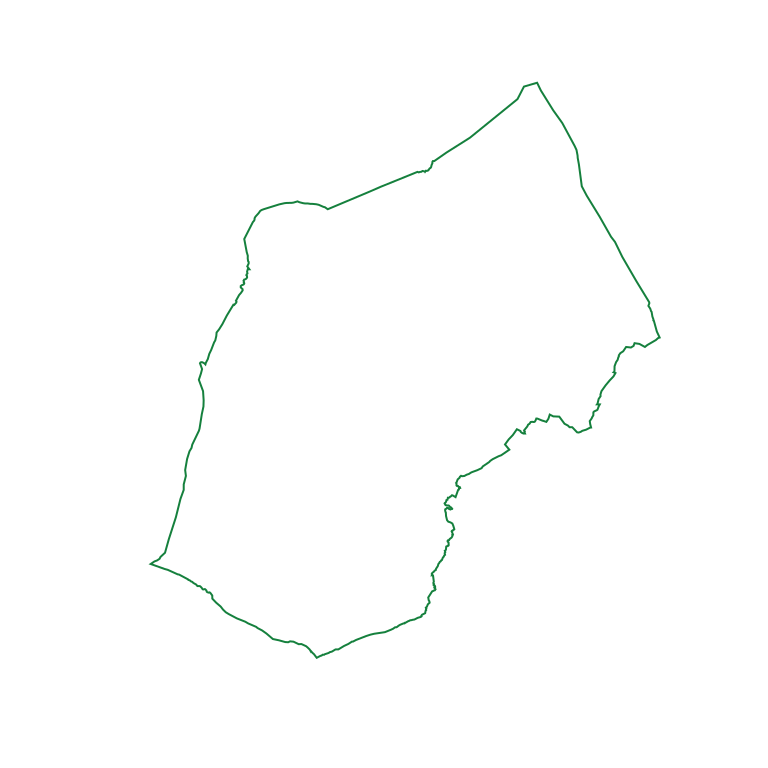 outline of Krødsherad nor, Buskerud, Norway, rotated 72°
{"feature_id": "86288312B702333415323", "entity_name": "Krødsherad nor", "entity_type": "district", "adm_level": 2, "iso_a3": "NOR", "parent_name": "Norway", "parent_adm1": "Buskerud", "projection": "orthographic", "projection_center": [9.773, 60.192], "detail": "fine", "context": "isolated", "style": "outline", "palette": "green", "viewbox_px": 768, "rotation_deg": 72, "n_neighbors": 0, "source": "geoboundaries", "source_scale": "gbopen_adm2", "svg_char_len": 6165}
<svg xmlns="http://www.w3.org/2000/svg" viewBox="0 0 768 768"><g transform="rotate(72 384 384)"><path d="M144.8,145.3L144.4,159.0L154.3,169.0L176.3,226.1L183.2,253.1L187.5,267.3L187.1,268.6L187.8,269.4L189.1,269.8L190.2,270.9L192.3,272.2L192.9,273.0L193.0,273.8L193.3,274.3L194.5,275.8L194.4,276.2L194.6,276.7L194.5,277.6L194.1,278.3L194.9,279.4L194.5,279.5L193.5,281.2L193.3,281.6L193.7,282.9L193.4,284.4L193.5,285.5L192.6,286.6L195.4,326.0L196.7,339.5L200.4,383.5L197.6,385.6L196.8,386.9L193.4,390.7L192.1,392.9L190.5,396.6L189.9,398.4L188.8,400.6L188.0,403.1L187.0,405.1L184.9,408.4L183.6,409.8L183.5,414.1L183.1,416.2L181.8,420.3L181.3,422.7L180.8,428.0L180.6,444.1L180.7,446.6L181.1,448.2L182.8,450.5L185.1,454.5L186.4,455.9L187.2,456.1L188.4,456.9L189.5,458.7L202.9,472.1L216.2,473.8L219.9,473.9L222.4,474.8L225.2,475.3L226.1,475.0L227.6,475.5L229.9,477.7L233.3,476.6L233.2,476.9L232.5,477.9L234.8,479.5L236.7,479.7L237.3,480.8L238.0,481.3L238.9,480.9L240.4,481.3L241.3,482.5L241.6,484.2L241.5,484.7L242.4,485.7L243.8,485.6L244.1,486.0L245.1,485.8L245.6,486.2L246.0,486.9L246.1,488.8L246.6,490.0L247.9,490.4L250.1,489.2L251.3,489.5L253.1,491.8L254.6,494.3L259.1,499.1L259.9,498.8L260.9,499.3L262.6,502.2L262.6,502.7L262.2,502.9L270.3,512.3L277.1,519.2L281.1,524.0L283.3,527.3L286.4,528.6L290.4,531.0L291.9,532.7L298.3,537.9L301.3,540.8L305.9,543.9L308.7,546.8L310.2,547.8L308.8,548.5L307.2,550.0L306.8,551.1L306.8,551.8L307.4,552.6L313.6,552.4L317.5,554.9L322.8,558.8L334.9,558.3L343.9,560.6L349.7,562.7L356.4,566.6L369.4,573.2L371.3,574.5L382.4,585.1L385.3,586.8L387.9,589.8L394.4,594.4L404.4,599.7L410.2,600.8L417.6,605.5L422.8,607.2L430.4,613.1L446.4,623.1L465.1,636.6L476.8,644.4L479.4,650.0L480.9,651.5L481.7,654.4L481.8,657.1L483.1,661.5L492.2,649.7L493.9,647.1L501.3,639.0L501.9,637.8L509.3,630.7L509.9,630.6L510.6,629.5L512.3,628.4L512.9,627.5L514.3,626.8L516.7,624.6L518.5,623.9L519.1,622.0L519.6,621.3L521.4,620.4L523.2,619.9L523.6,619.2L523.6,618.1L523.9,617.5L525.5,616.7L526.7,616.8L527.4,616.4L528.3,615.1L528.3,614.2L529.3,613.6L532.1,612.7L535.1,613.6L540.1,611.2L545.2,608.1L548.8,606.8L552.2,605.0L554.9,602.7L561.5,596.3L567.2,589.4L569.7,587.2L575.5,580.6L577.0,579.7L580.7,576.1L585.0,572.9L592.2,568.5L595.3,563.1L598.9,557.7L600.0,554.9L599.7,552.9L601.1,549.7L605.1,545.5L605.8,542.9L609.3,539.1L611.1,538.0L613.6,536.7L615.9,536.2L615.7,535.9L617.6,535.1L619.3,534.1L623.6,532.6L622.9,528.4L623.0,527.3L622.5,526.0L623.0,524.7L622.7,523.7L622.7,519.7L622.3,518.6L622.4,516.2L621.5,512.4L621.5,511.9L622.3,509.4L620.8,503.0L620.2,498.2L619.1,494.1L619.4,493.1L618.8,489.7L618.2,478.8L618.2,474.3L618.5,470.5L620.3,459.8L619.8,452.7L619.6,451.6L619.6,451.1L618.8,448.6L619.2,447.4L619.0,446.4L618.4,444.9L618.0,443.2L617.7,439.4L618.0,438.5L617.6,438.1L617.8,437.8L617.3,435.6L617.3,435.2L617.1,434.7L617.0,432.9L616.8,432.2L617.1,430.7L617.1,429.7L617.4,427.8L616.8,424.2L616.9,421.1L616.6,420.1L615.9,420.1L615.2,419.1L614.7,415.7L612.5,414.5L612.0,413.7L611.0,413.7L610.4,413.0L609.7,413.2L609.6,412.7L609.2,412.5L608.9,411.9L607.1,410.4L606.1,408.2L604.7,408.0L603.5,408.3L600.7,407.9L596.1,402.3L596.0,400.9L595.8,400.4L595.9,399.4L595.1,398.4L594.2,398.7L593.8,398.5L593.2,399.1L592.9,399.0L592.6,398.0L591.7,398.0L591.2,398.6L590.4,399.0L589.8,398.2L588.5,398.6L587.4,397.7L582.6,396.8L581.5,396.6L580.9,397.0L580.8,397.4L580.4,396.9L579.4,397.3L578.5,396.3L577.9,394.5L577.1,393.5L577.0,392.3L575.8,391.6L573.8,389.1L572.0,387.9L571.4,386.9L570.4,385.9L570.2,384.9L569.4,384.1L569.3,383.3L567.2,381.6L566.7,380.5L566.1,380.1L565.5,379.4L565.3,378.7L563.6,378.6L562.9,377.7L561.4,377.7L561.3,377.0L560.5,376.2L557.9,375.1L557.7,374.8L557.8,374.0L557.5,373.3L557.7,372.8L557.3,372.3L554.7,371.6L553.5,372.2L552.7,371.9L552.4,371.4L552.6,370.4L551.7,369.4L551.0,367.3L550.3,366.4L549.6,366.0L549.4,365.6L548.6,365.7L548.3,364.9L545.0,365.2L544.6,364.7L544.7,363.9L544.2,363.3L544.1,362.3L543.9,362.0L540.3,361.9L537.8,362.1L536.2,363.5L534.8,365.4L533.0,366.1L528.8,365.8L525.2,364.9L524.7,365.1L523.0,364.9L522.1,364.5L521.8,363.1L521.3,362.4L521.6,362.1L521.6,361.6L521.8,361.3L522.9,360.8L523.9,359.6L523.7,358.4L523.9,357.8L523.8,357.7L522.2,358.3L521.5,359.1L519.8,359.8L519.4,360.3L519.3,360.9L518.2,362.9L516.3,363.3L516.0,363.0L515.8,362.2L515.1,361.3L513.7,360.5L513.7,359.4L511.9,358.4L512.2,357.7L512.1,356.7L511.7,356.2L511.5,355.1L510.8,353.7L511.5,352.8L513.7,350.9L507.7,346.3L507.7,345.8L507.5,345.4L506.5,345.0L506.3,344.6L506.4,343.7L505.6,343.7L504.7,344.9L503.8,345.2L503.4,346.2L502.9,346.4L501.0,345.8L500.4,346.0L500.1,345.5L497.5,343.4L496.5,341.1L495.7,340.5L495.1,339.1L495.8,338.3L496.3,336.0L495.8,333.3L495.8,331.0L495.2,329.0L495.0,327.6L494.8,321.9L494.2,317.2L492.9,315.5L490.7,308.0L490.0,306.9L489.1,303.9L488.1,297.3L488.0,294.6L485.2,285.1L478.9,287.6L475.2,282.5L472.4,277.3L468.1,271.6L470.8,268.8L471.9,268.7L473.1,267.9L474.2,266.7L474.7,265.2L473.0,265.3L472.7,264.8L471.4,265.1L468.7,260.9L467.2,259.5L466.8,257.9L465.5,256.3L465.7,254.9L466.5,253.1L466.4,252.2L465.6,251.2L463.9,249.8L464.3,248.8L467.9,244.6L467.9,244.4L470.2,241.3L467.9,238.4L464.3,235.8L467.1,233.0L469.2,227.4L477.6,224.6L480.4,221.9L482.4,220.9L483.3,218.3L489.6,215.3L490.3,213.9L490.3,211.7L489.8,209.9L489.9,205.9L489.2,201.5L489.4,200.5L485.9,200.3L482.9,199.8L480.8,197.0L480.1,196.5L478.5,194.6L475.6,193.6L475.0,192.5L474.7,189.7L474.4,188.9L471.6,186.7L470.1,185.1L469.2,187.7L468.7,187.0L464.6,184.5L462.5,181.8L460.9,181.4L458.0,179.4L453.7,173.6L450.3,168.2L447.7,163.4L445.1,160.5L443.8,162.0L443.4,161.0L438.3,159.2L434.9,156.5L433.2,154.3L431.0,152.9L430.5,152.2L429.3,151.8L427.7,149.7L426.8,146.4L423.6,142.3L425.6,137.9L424.9,134.9L422.6,133.1L424.8,128.7L429.4,124.4L428.3,121.5L426.2,111.8L425.0,109.1L425.0,107.5L418.4,108.3L407.3,107.8L406.8,108.2L405.9,107.8L402.8,107.9L398.1,107.2L397.2,107.5L394.6,107.5L391.4,108.4L389.2,106.7L388.2,106.5L363.8,112.3L336.7,118.1L320.3,120.4L314.1,122.6L291.6,127.2L267.5,133.0L257.1,134.8L235.5,130.8L228.8,129.9L226.5,129.3L220.9,128.6L216.7,129.1L190.9,133.8L176.0,138.5L153.4,144.1L144.8,145.3Z" fill="none" stroke="#15803d" stroke-width="2"/></g></svg>